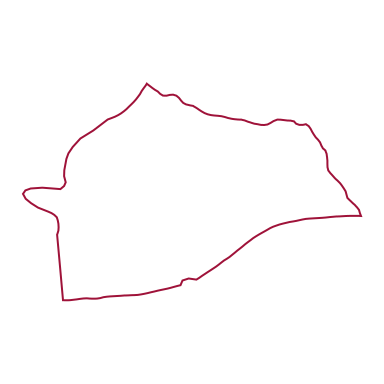 Mayfa'ah, Shabwah, Yemen (Albers equal-area conic projection)
{"feature_id": "15242507B4449600495147", "entity_name": "Mayfa'ah", "entity_type": "district", "adm_level": 2, "iso_a3": "YEM", "parent_name": "Yemen", "parent_adm1": "Shabwah", "projection": "albers", "projection_center": [47.797, 14.413], "detail": "fine", "context": "isolated", "style": "outline", "palette": "rose", "viewbox_px": 384, "rotation_deg": 0, "n_neighbors": 0, "source": "geoboundaries", "source_scale": "gbopen_adm2", "svg_char_len": 3338}
<svg xmlns="http://www.w3.org/2000/svg" viewBox="0 0 384 384"><path d="M146.8,83.7L145.7,85.5L143.6,88.3L141.7,91.0L140.0,94.1L138.0,96.8L136.0,99.4L133.6,102.1L131.3,104.4L128.9,106.7L126.5,109.1L124.0,111.2L121.0,113.4L118.2,115.1L115.0,116.7L111.7,118.0L108.5,119.2L107.7,119.5L93.3,130.5L80.4,138.5L72.7,147.0L71.3,149.1L68.4,153.4L66.4,158.9L64.3,170.2L64.1,176.2L65.7,182.3L64.1,186.0L60.4,189.1L51.5,188.4L42.3,187.7L30.7,188.5L25.4,190.4L23.0,193.9L25.7,198.8L31.1,203.2L38.0,207.6L48.1,211.6L51.5,213.1L54.3,214.9L56.8,217.3L57.8,220.5L58.4,223.7L58.6,227.3L58.4,230.6L57.4,233.9L57.1,234.6L60.1,267.6L63.0,300.2L66.5,300.3L69.8,300.2L73.2,299.8L76.6,299.4L79.9,298.9L83.2,298.5L86.7,298.3L90.1,298.6L93.5,298.7L96.9,298.6L100.2,298.1L103.4,297.2L106.9,296.7L110.2,296.4L113.8,296.2L117.1,296.0L120.7,295.8L124.1,295.5L127.9,295.4L131.2,295.2L134.5,295.1L137.9,294.9L141.1,294.4L144.3,293.8L147.6,293.1L150.8,292.3L154.4,291.5L157.6,290.7L160.8,290.0L164.2,289.3L167.5,288.6L170.7,287.8L173.9,286.9L177.2,286.0L180.5,285.2L182.5,280.5L188.7,278.5L196.4,279.6L199.3,277.8L202.1,275.8L205.0,273.9L207.7,272.1L210.5,270.3L213.4,268.4L216.1,266.6L218.9,264.5L221.4,262.5L224.0,260.5L226.8,258.8L229.5,257.0L232.2,254.8L234.8,252.7L237.4,250.5L240.0,248.5L242.5,246.5L245.2,244.2L247.8,242.2L250.5,240.2L253.2,238.1L256.0,236.3L258.8,234.6L261.6,233.0L264.5,231.4L267.3,229.8L270.2,228.1L273.2,226.7L276.3,225.6L279.5,224.5L282.9,223.6L286.3,222.8L289.6,222.0L292.8,221.5L296.2,220.9L299.3,220.2L302.5,219.5L305.8,218.9L309.2,218.6L312.5,218.4L315.9,218.2L319.3,218.0L322.5,217.8L326.0,217.5L329.5,217.1L332.8,216.8L336.1,216.5L339.3,216.4L342.8,216.2L346.0,216.0L349.3,215.9L352.7,215.9L356.0,215.9L359.3,215.9L361.0,216.0L359.9,213.1L359.0,209.9L357.0,207.3L356.3,206.6L354.7,204.8L352.8,203.2L352.6,202.9L352.2,202.6L350.9,201.3L349.7,200.2L348.6,199.1L347.4,197.9L346.5,194.6L345.6,191.3L343.8,188.4L341.9,185.6L341.1,184.5L339.9,183.0L337.4,180.5L335.9,179.2L334.8,178.1L333.4,176.5L332.6,175.6L331.9,174.8L330.3,173.1L329.1,171.5L328.3,170.5L327.9,168.8L327.5,167.2L327.5,166.9L327.4,163.9L327.4,160.6L327.1,157.8L327.1,157.3L327.0,156.9L326.6,153.8L325.7,151.5L325.4,150.5L323.7,149.0L322.9,148.4L322.2,147.0L321.3,145.5L321.1,144.9L320.0,142.3L318.0,139.7L315.7,137.3L315.1,136.4L313.8,134.5L312.1,131.7L311.8,131.1L310.6,128.8L308.7,126.1L307.0,125.0L305.9,124.2L304.2,124.6L302.7,124.9L301.3,124.9L299.4,124.9L296.9,124.0L296.2,123.8L293.9,121.3L293.7,121.3L291.7,120.9L290.6,120.6L289.7,120.6L287.3,120.5L284.0,120.1L282.3,119.9L280.6,119.7L277.8,119.6L277.3,119.6L273.5,121.1L271.1,122.6L270.7,122.8L270.4,123.0L267.5,124.5L264.2,125.0L261.0,124.9L259.5,124.6L257.6,124.2L254.3,123.7L251.7,122.9L251.1,122.7L250.6,122.5L247.9,121.7L244.6,120.4L242.3,119.9L241.3,119.6L239.5,119.6L237.7,119.5L234.5,119.2L233.0,119.0L231.2,118.7L229.5,118.3L228.0,118.0L226.1,117.4L224.8,117.0L221.4,116.2L218.0,115.8L214.2,115.5L211.0,115.1L207.7,114.3L204.6,113.1L201.6,111.4L198.7,109.5L197.6,108.7L195.9,107.6L193.8,106.4L193.1,105.9L189.7,105.3L189.1,105.1L186.0,104.4L183.2,102.9L181.0,100.5L180.4,99.7L179.0,97.9L176.4,95.7L173.2,94.7L172.7,94.7L169.8,94.9L166.5,95.7L163.0,95.6L160.2,93.9L159.9,93.6L157.8,91.5L154.9,89.8L152.1,87.8L151.1,87.0L149.5,85.8L147.0,83.9L146.8,83.7Z" fill="none" stroke="#9f1239" stroke-width="2"/></svg>